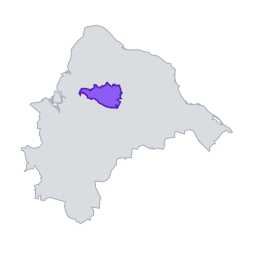 where Tocantins sits in Brazil, rotated 275°
{"feature_id": "BRA-596", "entity_name": "Tocantins", "entity_type": "State", "adm_level": 1, "iso_a3": "BRA", "parent_name": "Brazil", "parent_adm1": "", "projection": "mercator", "projection_center": [-48.148, -9.274], "detail": "fine", "context": "in_parent", "style": "filled", "palette": "violet", "viewbox_px": 256, "rotation_deg": 275, "n_neighbors": 0, "source": "natural_earth", "source_scale": "10m", "svg_char_len": 8282}
<svg xmlns="http://www.w3.org/2000/svg" viewBox="0 0 256 256"><g transform="rotate(275 128 128)"><path d="M64.7,44.1L67.4,46.4L70.8,45.3L71.8,46.7L73.7,44.6L78.3,42.5L79.3,40.5L82.2,39.3L82.4,38.0L79.1,37.6L78.2,32.0L75.3,28.5L79.2,30.3L82.7,30.2L85.1,32.0L85.8,29.8L94.5,27.2L96.4,25.4L96.3,23.7L98.9,23.6L99.6,24.4L98.8,27.2L101.1,28.0L101.9,30.3L100.3,32.0L99.6,36.6L101.3,41.4L105.4,44.1L107.1,43.7L108.0,42.2L109.6,42.5L114.2,40.0L120.1,40.8L119.2,38.8L120.1,37.5L121.3,38.0L125.1,37.1L129.4,39.5L131.2,38.3L135.3,39.2L142.9,28.3L144.2,29.5L146.7,39.4L148.0,41.0L150.6,41.8L150.9,44.4L146.5,49.1L143.8,50.7L140.3,57.2L136.8,58.1L140.5,58.3L145.8,55.0L146.8,59.2L148.3,60.5L153.8,59.0L152.2,63.7L154.4,60.0L156.9,57.8L158.2,58.5L158.7,57.8L158.2,56.1L159.9,54.0L164.2,53.5L173.4,57.1L174.1,59.0L175.3,57.7L177.5,59.1L178.1,60.7L177.0,61.8L177.4,62.3L178.6,61.3L178.9,62.3L177.8,63.3L177.1,66.5L178.6,65.2L179.6,62.8L179.8,64.5L183.9,62.3L193.6,65.1L201.3,64.8L208.8,69.1L215.4,75.2L223.7,76.3L225.3,78.6L227.5,87.3L226.7,93.1L223.5,98.9L214.5,108.5L214.5,107.7L212.8,112.1L210.0,116.0L208.7,116.6L207.7,114.9L206.9,115.7L205.7,119.9L206.8,131.8L205.2,138.8L205.4,141.6L202.9,144.5L202.2,151.6L196.3,160.6L196.0,164.8L192.4,166.5L190.7,170.0L186.1,170.1L185.1,168.7L184.7,170.2L177.6,170.6L177.9,171.8L173.4,174.7L170.8,174.7L166.3,177.1L160.6,181.6L159.5,183.7L158.5,182.9L158.1,183.9L156.8,183.4L158.5,184.7L157.1,186.1L156.7,188.5L157.7,193.8L156.4,201.7L151.6,206.3L145.7,217.4L140.0,222.5L139.9,220.8L143.9,218.7L147.4,212.6L147.5,211.5L145.1,212.2L143.8,210.2L144.5,212.1L143.8,214.4L140.3,218.2L139.2,221.2L139.6,222.8L136.9,228.7L133.2,232.4L132.4,231.8L132.4,228.9L134.5,226.3L131.3,222.2L124.1,217.5L121.9,215.0L119.9,216.4L119.7,214.6L115.7,210.6L113.7,211.7L111.7,211.1L120.5,200.5L121.5,200.6L121.3,199.6L130.9,193.4L131.7,188.3L130.0,184.6L126.9,184.6L128.8,176.1L126.9,174.8L122.9,175.5L120.9,166.7L117.6,165.2L115.1,166.3L109.8,165.0L110.6,159.3L108.9,154.8L110.5,153.8L109.1,152.5L112.3,144.3L110.6,140.6L107.7,139.1L108.0,134.0L98.7,134.0L98.4,129.8L96.6,127.8L98.2,127.7L97.0,120.9L94.1,119.4L90.5,119.6L84.0,115.1L77.2,113.9L74.3,111.5L72.2,107.7L72.2,99.8L66.2,100.8L55.8,107.0L52.8,106.2L45.6,106.5L46.1,98.4L42.6,101.1L37.8,101.3L36.8,98.7L32.6,98.2L33.7,96.1L28.5,88.7L30.0,87.5L29.8,85.4L32.9,83.1L32.4,81.3L34.2,76.3L39.5,73.1L44.8,71.5L49.0,72.1L51.9,56.3L50.7,52.8L48.5,51.0L48.6,47.3L53.1,46.9L52.3,44.9L49.6,44.9L49.6,41.6L58.1,41.5L58.0,40.2L59.3,41.4L62.0,39.5L63.5,41.6L63.7,44.2L64.7,44.1ZM149.1,50.8L158.5,51.8L156.3,57.3L154.5,57.4L154.2,58.4L152.9,57.9L151.3,59.3L147.8,59.3L146.5,56.6L147.4,55.9L146.3,54.9L147.1,51.6L149.1,50.8ZM141.1,57.5L142.5,53.6L144.0,53.0L143.9,55.4L141.1,57.5ZM151.7,48.9L150.8,50.4L148.6,50.0L149.0,49.1L151.7,48.9ZM148.5,47.3L148.1,50.3L147.2,50.0L148.5,47.3ZM153.2,50.8L151.8,51.0L151.2,50.7L152.9,49.8L153.2,50.8ZM147.0,50.9L145.6,51.9L145.1,51.4L146.1,50.5L147.0,50.9ZM149.6,48.3L148.9,47.6L150.1,47.0L150.1,47.6L149.6,48.3ZM148.8,40.4L148.0,40.6L147.9,39.5L148.6,39.4L148.8,40.4ZM158.0,197.1L157.7,195.9L158.4,194.9L158.6,195.2L158.0,197.1ZM174.2,174.3L174.4,175.5L173.4,175.2L174.2,174.3ZM157.5,189.3L157.1,188.6L157.8,188.0L158.0,188.2L157.5,189.3ZM178.4,64.5L177.8,65.7L178.4,64.1L178.4,64.5ZM208.2,116.8L207.3,117.1L207.9,116.2L208.2,116.8ZM180.1,171.0L179.2,171.4L179.0,171.2L179.6,170.7L180.1,171.0ZM206.7,118.9L206.3,119.5L206.1,119.1L206.7,118.9ZM175.8,56.7L175.9,57.3L175.6,57.2L175.8,56.7Z" fill="#d9dde1" stroke="#a8b0b8" stroke-width="1"/><path d="M171.9,103.0L171.7,103.1L171.6,103.4L171.4,103.6L170.6,104.1L170.2,104.3L170.0,104.5L169.7,104.7L169.4,104.9L169.1,105.2L169.1,105.4L169.3,105.4L169.3,105.6L169.5,105.8L169.3,106.0L169.0,106.1L168.8,106.3L168.4,106.9L168.3,107.4L168.0,107.6L167.8,108.1L167.8,108.4L168.1,108.5L168.3,108.9L168.4,109.0L169.2,109.1L169.7,109.3L170.1,109.4L170.2,109.5L170.1,109.9L170.0,110.0L169.4,110.2L169.3,110.3L169.3,110.7L169.3,110.8L169.7,110.7L169.9,110.8L170.1,110.9L170.3,111.2L170.0,111.4L169.6,111.6L169.4,111.9L169.0,112.1L168.9,112.2L168.9,113.4L169.0,113.8L169.3,114.0L169.7,114.1L169.8,114.1L169.9,114.7L169.4,115.4L169.4,115.6L169.5,115.8L169.1,115.9L168.9,116.0L168.4,116.0L168.2,116.1L167.7,116.3L167.4,116.4L166.8,117.0L166.7,117.1L166.2,117.2L165.7,117.2L165.1,117.3L164.1,117.8L163.9,117.8L163.3,118.1L163.0,118.2L162.9,118.4L162.8,118.1L162.6,117.9L162.6,117.7L162.4,117.6L162.3,117.4L162.2,117.4L162.0,117.6L161.9,117.7L162.2,118.6L161.2,118.3L160.8,118.1L160.7,118.1L160.1,117.8L159.9,117.8L159.6,117.7L159.8,117.2L159.7,117.2L159.4,117.3L158.8,117.7L158.5,117.8L158.1,117.8L157.4,117.6L157.2,117.7L157.2,117.8L157.0,118.5L156.9,118.7L156.7,118.8L156.5,118.5L156.6,118.3L156.6,117.9L156.6,117.3L156.4,116.9L156.5,116.6L156.5,116.4L156.3,116.2L156.1,115.9L155.8,115.7L155.4,115.5L155.4,115.3L155.4,115.0L155.1,115.1L154.7,115.4L153.9,116.8L153.6,117.5L153.5,118.0L153.4,118.1L152.8,117.9L152.6,117.8L152.0,117.7L150.8,117.2L150.5,117.0L150.4,116.9L150.1,116.9L149.0,116.4L149.0,115.6L149.3,115.0L149.4,114.8L149.3,114.5L149.7,114.1L149.7,113.8L149.6,113.7L148.9,114.1L148.6,114.4L148.5,114.6L148.3,114.9L148.2,115.1L148.1,115.3L148.0,115.8L147.9,116.0L147.6,116.0L147.5,115.9L147.3,115.8L147.3,115.6L147.3,115.4L147.2,115.0L147.0,114.9L146.9,114.8L147.0,114.7L147.0,114.8L147.1,114.7L147.1,114.2L147.2,113.9L147.2,113.2L147.1,112.8L147.0,112.7L146.9,112.6L146.9,111.8L146.9,111.6L147.0,111.5L147.0,111.2L146.9,110.9L146.8,110.5L146.7,110.3L146.8,110.1L147.0,109.9L147.0,109.5L146.7,109.3L146.6,109.0L146.7,108.5L146.8,108.0L146.9,107.8L147.0,107.2L147.2,106.9L147.1,106.1L147.2,105.8L147.2,105.5L147.3,105.4L147.4,105.2L147.4,104.9L147.3,104.7L147.4,104.4L147.6,104.4L147.6,104.2L147.8,103.8L147.8,103.4L148.2,103.0L148.3,102.8L148.4,102.4L148.3,102.1L148.4,101.8L148.8,101.4L148.9,100.9L149.2,100.3L149.4,99.9L149.5,99.8L149.6,99.7L149.8,99.1L149.8,98.6L150.0,98.1L150.1,97.8L150.3,97.5L150.5,97.2L151.0,96.6L151.2,96.4L151.3,96.3L151.3,96.1L151.5,95.8L151.6,95.7L152.0,95.5L152.3,95.4L152.6,95.2L152.9,94.6L152.9,94.4L153.0,94.2L153.3,93.8L153.5,93.2L153.8,93.0L153.9,92.9L154.3,91.6L154.4,91.3L154.4,90.9L154.6,90.5L154.6,90.2L154.5,89.9L154.3,89.8L153.7,89.4L153.5,89.2L153.4,88.9L153.4,88.7L153.5,88.4L154.3,87.5L154.5,87.1L154.5,86.3L154.3,85.7L154.4,85.4L155.4,84.8L156.0,84.6L156.3,84.4L157.0,84.2L157.2,83.9L157.2,83.6L157.4,83.0L158.0,82.6L158.5,82.6L158.6,82.4L158.4,82.3L158.4,82.0L158.3,81.6L158.9,81.4L159.1,81.3L159.1,81.0L158.8,80.9L158.8,80.7L159.0,80.5L159.3,80.5L159.3,80.4L159.3,80.2L159.0,79.9L159.0,79.5L159.0,79.4L159.5,79.3L159.6,79.2L159.8,79.0L159.8,78.9L159.7,78.7L159.4,78.4L159.1,78.4L158.6,77.7L157.8,77.7L157.7,77.8L157.3,77.7L157.0,77.5L156.8,77.5L157.1,77.2L157.3,77.2L157.4,77.3L157.5,77.3L157.5,77.2L157.7,76.8L158.0,76.6L158.4,76.5L158.8,76.5L159.7,77.0L159.9,77.0L160.2,77.0L160.3,77.0L160.4,76.9L160.5,76.9L161.0,77.0L161.2,77.4L161.3,77.5L161.7,77.6L161.9,77.7L162.6,78.1L162.9,78.1L163.0,78.2L163.1,78.4L163.2,78.7L163.1,79.5L163.3,79.6L163.3,79.8L163.5,80.1L163.5,80.3L163.4,80.6L163.4,81.3L163.5,81.7L163.7,82.0L163.5,82.6L163.4,83.0L163.5,83.2L163.3,83.5L163.3,83.8L163.1,84.3L163.2,84.5L163.1,84.8L163.1,85.1L163.1,85.3L163.0,85.8L162.6,86.2L162.3,86.7L162.1,86.6L161.9,86.7L161.8,86.9L161.9,87.0L162.2,87.2L162.3,87.5L162.6,87.2L163.0,87.3L163.2,87.6L163.1,87.8L162.7,88.0L163.0,88.2L163.2,88.6L163.3,88.6L163.5,88.6L163.5,88.8L163.8,89.1L163.9,89.3L163.9,89.1L164.0,89.2L164.1,89.3L164.2,89.5L164.4,89.7L164.5,90.0L164.8,90.3L165.1,90.6L165.2,90.9L165.3,90.9L165.5,91.2L165.8,91.2L166.2,90.8L166.7,90.7L166.9,90.6L167.4,90.5L167.6,90.5L167.9,90.7L168.2,90.8L168.3,91.3L168.1,91.8L168.2,92.0L168.1,92.4L167.9,92.6L168.0,92.9L168.2,93.0L167.3,93.0L167.0,93.1L166.6,93.2L166.5,93.4L166.2,94.0L166.1,94.5L166.0,94.8L166.1,95.2L165.7,95.6L165.3,96.0L165.2,96.2L165.2,96.3L165.4,96.5L165.9,96.5L166.1,96.7L166.4,97.0L166.5,97.3L166.5,97.8L166.6,98.0L166.8,98.2L167.3,98.5L167.8,98.7L167.9,98.8L167.9,99.0L167.7,99.2L167.6,99.5L167.4,99.5L167.2,99.8L167.3,100.0L167.5,100.1L167.7,100.3L168.1,100.6L168.3,100.9L168.3,101.3L168.5,101.5L168.6,101.8L168.8,102.0L169.2,102.2L169.5,102.2L170.2,102.3L170.5,102.7L170.9,102.9L171.5,103.0L171.9,103.0Z" fill="#8b5cf6" stroke="#5b21b6" stroke-width="1.5"/></g></svg>